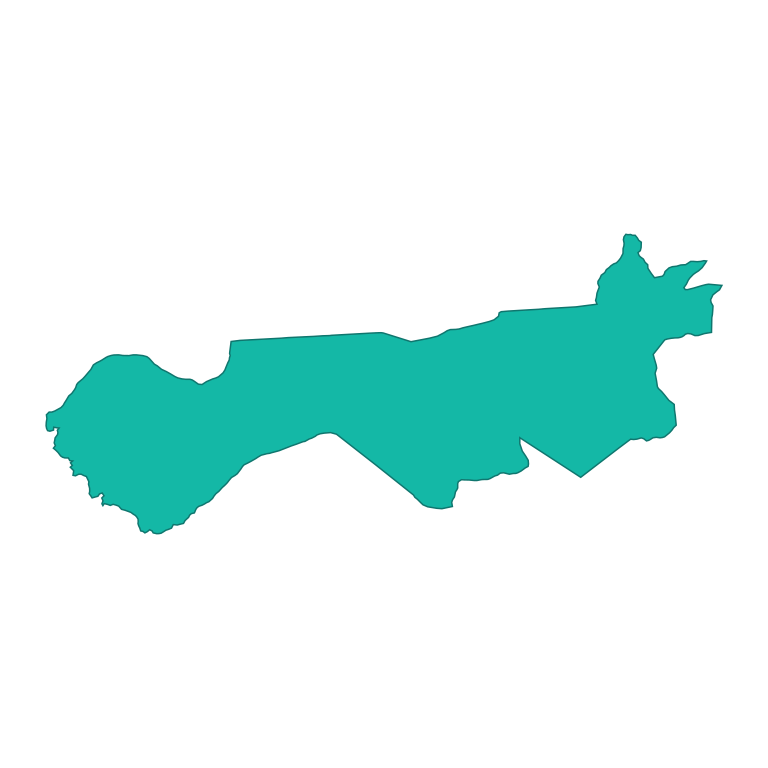 Alto Boa Vista, Mato Grosso, Brazil
{"feature_id": "56859067B16617747139369", "entity_name": "Alto Boa Vista", "entity_type": "district", "adm_level": 2, "iso_a3": "BRA", "parent_name": "Brazil", "parent_adm1": "Mato Grosso", "projection": "orthographic", "projection_center": [-51.775, -11.788], "detail": "fine", "context": "isolated", "style": "filled", "palette": "teal", "viewbox_px": 768, "rotation_deg": 0, "n_neighbors": 0, "source": "geoboundaries", "source_scale": "gbopen_adm2", "svg_char_len": 5104}
<svg xmlns="http://www.w3.org/2000/svg" viewBox="0 0 768 768"><path d="M676.2,425.2L675.3,415.7L674.5,410.0L674.2,404.4L668.8,400.3L664.4,394.8L661.6,391.5L658.4,388.5L657.4,386.7L656.5,380.6L655.1,373.2L656.7,368.2L656.2,365.1L654.2,358.2L653.2,354.4L664.8,339.8L667.3,339.0L671.1,338.3L675.0,337.9L678.1,337.8L680.2,337.4L682.0,336.8L683.9,335.6L685.4,334.2L687.8,333.5L691.0,333.9L694.9,335.6L698.2,335.5L704.3,333.6L707.1,333.1L711.5,332.4L711.8,317.6L712.4,314.5L712.7,310.9L713.0,306.0L711.1,302.5L710.6,299.8L712.9,294.9L716.7,291.8L719.5,289.8L721.9,285.4L708.6,284.2L706.0,284.6L701.7,285.7L693.6,288.1L687.7,289.6L685.3,289.6L683.9,287.7L686.4,284.1L688.3,280.1L689.9,277.9L693.3,274.4L695.8,272.6L698.5,270.9L702.1,267.7L705.5,262.9L706.6,261.0L704.0,260.7L700.7,261.4L697.2,261.7L693.3,261.4L690.7,261.4L687.7,263.4L685.6,264.7L683.6,264.8L680.7,265.0L676.7,266.2L672.3,266.7L669.0,267.9L665.1,271.5L664.1,274.4L662.5,276.2L654.5,277.7L651.3,273.5L647.9,268.3L647.7,264.7L645.1,262.3L643.4,259.1L640.5,257.0L639.1,255.6L638.0,252.6L640.3,250.7L641.1,247.6L641.3,242.2L638.7,240.3L637.4,238.0L635.2,235.3L632.5,235.3L630.6,234.5L627.9,234.7L625.9,234.3L624.0,236.8L623.4,239.7L624.1,243.2L623.9,245.8L623.1,248.5L623.0,253.5L620.6,258.1L618.5,260.8L616.4,262.9L613.7,263.9L611.0,265.7L609.2,267.5L606.4,269.6L604.8,272.6L601.3,275.2L600.0,278.2L598.0,281.3L597.9,283.6L599.3,287.0L597.8,290.9L597.0,293.2L596.4,297.6L595.6,300.4L597.0,304.2L575.9,306.9L545.1,308.7L538.6,309.3L528.1,309.9L508.1,311.1L501.2,311.7L499.2,312.8L498.5,316.3L493.9,319.9L489.3,321.5L482.0,323.4L478.5,324.2L473.1,325.5L470.8,326.0L468.1,326.6L463.0,327.8L459.1,329.0L455.8,329.4L450.3,329.6L447.2,330.7L443.9,332.8L437.4,336.2L429.4,338.2L420.6,339.9L411.0,341.7L383.3,333.0L381.1,332.7L377.6,332.8L371.0,333.1L331.8,335.3L329.3,335.6L322.9,335.8L313.9,336.4L288.3,337.6L281.0,338.2L240.0,340.4L231.1,341.5L229.6,353.4L230.2,355.6L229.5,357.7L229.2,360.1L227.9,362.6L226.0,367.2L224.9,370.0L223.1,372.8L218.5,376.8L215.5,378.1L212.8,378.9L206.5,381.6L202.1,384.5L198.4,384.2L194.2,381.2L192.1,379.9L190.0,379.3L185.8,379.3L182.0,378.9L177.8,377.9L175.0,376.6L170.5,373.9L166.4,371.6L161.5,369.3L158.8,367.1L157.2,365.8L154.4,364.2L149.2,358.4L146.9,356.7L142.9,355.6L136.6,354.9L133.0,354.9L129.0,355.6L122.9,355.5L119.0,354.9L116.9,354.9L113.7,355.0L111.1,355.5L107.9,356.5L106.1,357.4L101.7,360.2L99.5,361.4L96.6,362.8L93.4,364.9L90.8,369.6L88.7,372.0L85.0,376.4L82.8,378.8L78.2,382.6L76.7,384.5L75.7,387.6L74.5,389.7L71.8,393.4L68.8,395.9L66.0,400.6L64.5,402.9L63.2,405.3L61.0,407.6L54.8,411.0L51.8,412.1L49.1,412.1L46.4,414.8L46.9,418.6L46.3,422.1L46.1,425.8L46.6,428.5L47.6,430.6L49.9,431.2L53.5,430.1L53.7,427.2L56.9,427.8L59.1,428.0L57.3,430.3L57.9,432.3L57.6,434.5L55.1,437.9L54.8,439.9L54.2,442.9L55.4,445.7L53.4,448.2L56.0,450.4L58.1,452.5L60.6,455.9L62.5,457.2L64.8,457.9L68.4,458.0L69.8,460.6L72.6,461.0L70.5,462.8L72.3,465.5L70.3,467.2L73.7,470.7L73.0,475.3L75.5,475.8L78.7,474.2L81.2,474.2L83.7,475.5L86.4,476.5L87.8,479.5L88.9,481.8L88.5,484.1L89.6,488.2L89.7,491.3L89.2,493.7L90.6,495.6L92.1,497.9L95.2,497.0L97.9,496.3L99.5,493.9L102.2,493.0L104.0,495.8L101.8,498.0L103.0,500.9L101.9,503.8L102.9,505.6L104.2,503.6L107.6,504.4L110.3,505.4L113.1,504.3L116.0,505.1L118.7,506.1L121.5,509.3L124.9,510.2L127.7,511.2L130.9,512.4L133.3,514.2L135.3,515.4L136.7,516.9L138.1,519.2L138.2,521.6L138.0,523.6L138.7,525.8L139.8,528.1L140.7,530.9L143.1,531.5L144.9,532.9L147.4,531.6L149.7,529.7L152.2,531.1L153.2,532.9L156.8,533.7L159.0,533.6L161.1,533.2L163.3,531.9L165.9,530.2L168.7,529.3L171.5,528.1L173.3,524.6L177.3,525.0L179.8,524.3L183.5,523.4L185.1,520.5L188.6,517.3L189.6,515.2L191.4,513.6L194.4,512.9L195.8,509.5L197.0,507.7L198.8,506.3L202.1,505.2L204.6,503.9L206.5,502.7L208.9,501.7L212.5,498.5L214.2,495.8L216.0,493.6L218.8,491.4L222.2,487.6L225.5,484.6L227.3,482.7L229.2,480.2L231.5,477.5L234.9,475.5L237.3,473.7L239.2,471.2L240.8,469.1L242.5,466.5L244.1,464.8L247.8,463.0L250.8,461.4L255.7,458.6L258.1,457.0L261.2,455.2L263.9,454.5L266.8,453.7L269.7,453.3L271.6,452.7L275.8,451.6L279.1,450.7L291.6,445.8L296.6,444.1L303.0,441.7L304.9,441.4L309.4,438.9L311.6,438.2L315.3,436.3L316.9,435.0L320.0,433.8L324.3,433.1L330.6,432.6L336.5,434.2L375.5,464.7L413.5,495.0L414.9,497.3L417.3,499.2L419.0,500.9L420.7,502.6L423.0,504.8L427.7,506.8L436.8,508.3L441.9,508.7L447.6,507.5L452.4,506.5L451.7,502.3L452.6,499.7L454.4,497.0L455.1,493.7L455.5,491.8L456.7,490.0L457.7,488.0L457.7,483.6L458.4,481.6L461.5,479.7L464.2,479.9L469.2,480.0L474.1,480.5L477.0,480.5L481.0,479.7L482.9,479.5L487.8,479.4L490.0,478.6L494.7,476.0L497.6,475.1L500.3,473.1L503.7,472.8L509.3,474.2L513.1,473.5L515.8,473.4L517.7,472.8L521.1,471.0L525.3,467.9L528.1,466.4L528.5,463.9L528.2,460.3L525.5,455.8L522.3,451.1L519.8,443.8L519.8,437.7L526.7,442.2L580.7,477.3L618.6,448.2L630.6,439.2L633.7,439.5L637.0,439.1L641.2,437.9L643.7,438.7L646.5,440.9L648.8,440.3L650.6,439.3L652.9,437.8L656.3,437.3L660.0,437.8L662.4,437.5L664.6,436.8L669.5,432.8L671.9,430.2L673.6,427.7L676.2,425.2Z" fill="#14b8a6" stroke="#0f766e" stroke-width="1.5"/></svg>